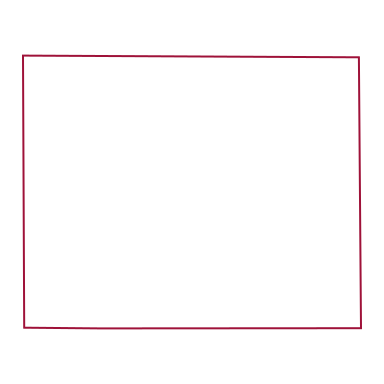 the district of Thomas, Nebraska, United States of America
{"feature_id": "52423323B67335599422711", "entity_name": "Thomas", "entity_type": "district", "adm_level": 2, "iso_a3": "USA", "parent_name": "United States of America", "parent_adm1": "Nebraska", "projection": "orthographic", "projection_center": [-100.534, 41.914], "detail": "fine", "context": "isolated", "style": "outline", "palette": "rose", "viewbox_px": 384, "rotation_deg": 0, "n_neighbors": 0, "source": "geoboundaries", "source_scale": "gbopen_adm2", "svg_char_len": 194}
<svg xmlns="http://www.w3.org/2000/svg" viewBox="0 0 384 384"><path d="M358.9,57.3L23.0,55.6L24.2,327.7L100.5,328.4L361.0,328.2L358.9,57.3Z" fill="none" stroke="#9f1239" stroke-width="2"/></svg>